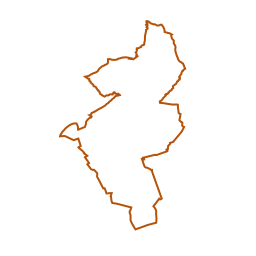 the district of Fagaras, Brasov, Romania, rotated 348°
{"feature_id": "2599482B59919238366937", "entity_name": "Fagaras", "entity_type": "district", "adm_level": 2, "iso_a3": "ROU", "parent_name": "Romania", "parent_adm1": "Brasov", "projection": "robinson", "projection_center": [24.974, 45.842], "detail": "fine", "context": "isolated", "style": "outline", "palette": "amber", "viewbox_px": 256, "rotation_deg": 348, "n_neighbors": 0, "source": "geoboundaries", "source_scale": "gbopen_adm2", "svg_char_len": 5636}
<svg xmlns="http://www.w3.org/2000/svg" viewBox="0 0 256 256"><g transform="rotate(348 128 128)"><path d="M191.3,57.1L191.0,56.7L190.7,55.8L190.3,54.4L191.0,52.2L190.9,51.7L190.0,50.5L189.5,48.9L189.4,47.2L189.6,46.2L190.4,45.7L190.1,45.5L188.1,43.8L186.8,43.3L183.8,41.7L184.1,38.9L183.4,36.2L182.3,33.9L181.3,33.8L179.1,34.1L177.6,33.7L175.8,32.1L174.7,32.0L173.4,31.2L171.8,30.2L170.8,28.6L169.3,27.5L168.4,27.3L168.0,28.1L168.5,28.6L168.8,29.9L168.6,30.8L168.1,30.4L167.5,30.3L167.0,30.8L167.3,31.6L168.1,32.3L167.9,32.8L167.2,33.4L168.0,34.1L167.8,34.9L166.9,35.5L166.0,35.9L166.0,36.5L163.7,41.7L163.1,44.3L162.8,45.5L162.3,46.8L161.6,48.1L161.4,49.3L160.6,50.1L159.7,50.0L158.7,50.2L158.1,50.7L157.6,51.5L157.0,51.4L156.4,51.7L155.3,52.0L154.4,52.1L153.2,51.9L153.1,52.3L152.8,52.7L153.0,53.2L152.9,53.7L152.5,54.6L151.9,55.4L151.3,55.7L151.6,56.2L151.6,56.8L151.8,57.9L151.4,58.4L151.1,59.1L151.7,59.2L152.3,59.8L152.1,60.0L151.1,60.1L150.0,60.9L149.4,61.0L147.4,61.9L144.2,60.7L145.2,60.3L142.3,59.0L141.5,58.7L140.3,58.3L138.4,58.2L137.8,57.9L134.8,58.2L132.7,58.2L132.0,58.6L131.3,58.8L129.4,58.6L127.7,58.3L126.5,57.9L125.2,57.1L124.8,57.1L124.1,56.7L122.7,56.5L122.6,57.1L122.5,57.9L122.0,59.5L122.0,60.0L121.5,60.5L121.1,60.8L120.3,61.2L120.1,61.3L119.9,61.3L119.3,61.5L119.0,61.5L118.6,61.4L118.4,61.5L117.6,61.9L117.3,62.0L115.7,62.2L112.4,63.9L111.8,64.4L110.3,66.0L109.7,66.4L108.4,66.8L106.8,67.2L105.7,67.2L105.2,67.3L102.3,68.1L101.3,68.6L100.7,68.8L100.0,68.9L96.7,68.9L97.0,69.3L98.2,70.3L99.1,71.4L99.3,71.5L99.6,71.7L100.1,71.7L100.3,71.9L100.4,72.3L100.3,72.6L100.0,73.2L100.0,73.6L100.1,74.0L100.2,74.3L100.4,74.4L100.6,74.3L100.8,74.4L101.0,74.6L101.0,74.9L101.1,75.3L101.0,75.8L101.1,76.1L101.2,76.3L102.1,77.3L102.3,77.6L102.5,77.8L102.8,78.2L103.0,78.6L103.1,79.1L103.1,79.3L103.0,79.7L103.1,79.9L103.2,80.1L104.3,80.6L104.9,81.1L105.1,81.4L105.2,81.7L105.2,82.1L105.3,82.4L105.7,82.7L105.8,83.0L105.9,83.9L106.0,84.1L106.2,84.4L106.4,84.5L106.6,84.6L106.8,84.8L106.9,85.1L106.8,85.9L106.9,86.0L107.3,86.2L107.4,86.3L107.5,86.7L107.7,87.0L107.8,87.6L107.7,87.8L107.8,88.4L107.8,88.7L107.9,88.9L108.1,89.2L108.3,89.4L108.7,89.6L109.2,90.0L109.2,90.3L109.5,90.6L109.8,91.0L110.3,91.3L110.5,91.5L111.2,92.1L111.6,92.4L111.9,92.4L113.3,91.7L113.7,91.6L114.0,91.6L114.9,92.0L115.2,92.0L115.5,92.0L115.8,91.9L116.3,91.9L116.5,91.6L117.0,91.5L117.2,91.4L117.4,91.3L117.6,91.3L119.0,91.7L119.4,92.0L119.9,92.0L120.1,91.9L120.1,91.5L120.2,91.4L120.5,91.1L120.9,90.6L121.5,90.2L122.0,90.1L122.4,90.4L122.5,90.6L122.5,90.9L122.4,91.1L122.4,91.3L122.9,91.8L123.2,91.9L123.6,92.1L124.1,92.5L124.4,92.9L124.6,93.1L124.9,92.9L125.1,92.4L125.3,92.3L126.0,93.1L126.7,93.6L126.9,94.1L124.4,94.2L123.4,94.2L122.4,94.3L121.9,94.4L121.7,94.5L121.3,95.2L120.9,95.5L119.9,95.9L118.1,96.8L117.4,97.4L116.7,97.8L115.2,98.3L114.6,99.0L113.9,99.4L113.5,99.6L113.2,99.8L112.2,100.0L111.0,100.8L110.1,101.4L108.5,101.9L108.0,102.1L107.5,102.3L106.4,102.6L105.5,102.9L104.9,103.0L104.2,103.3L103.2,103.5L101.8,104.0L99.9,104.7L99.2,104.9L98.3,105.0L98.2,105.1L98.2,105.3L95.8,105.7L95.6,105.7L95.5,105.9L95.1,106.5L94.3,107.2L93.4,107.5L93.1,107.5L93.3,107.7L93.5,108.2L93.8,108.4L94.2,108.6L94.6,109.0L94.8,109.1L94.3,110.0L92.6,110.2L91.7,110.6L90.9,111.0L89.0,112.5L88.5,113.1L88.1,113.6L88.0,113.9L87.9,114.7L87.8,115.0L86.9,116.8L86.1,118.0L78.9,119.3L78.9,118.8L79.2,116.4L79.2,115.7L79.1,115.0L78.9,114.2L78.6,112.9L77.1,112.5L75.7,112.3L74.3,112.4L72.6,112.8L71.0,113.3L69.5,114.0L67.2,115.1L64.4,117.2L63.6,117.7L63.2,118.0L60.3,120.9L59.8,122.0L62.8,122.4L64.6,122.8L65.0,123.0L70.6,127.3L72.5,128.6L77.2,128.0L78.0,135.7L75.5,136.6L75.7,137.2L78.5,140.6L79.7,142.8L80.0,143.3L79.7,143.7L79.8,143.9L80.9,144.9L82.4,146.7L79.8,147.6L82.6,154.2L80.7,155.0L83.3,160.6L85.1,161.8L86.1,161.8L88.4,165.7L88.4,166.7L87.9,168.0L87.7,168.9L87.7,169.6L88.5,172.0L91.2,181.9L92.6,182.1L93.0,184.2L93.3,187.5L94.8,187.8L96.0,187.8L98.5,188.3L96.8,191.2L97.1,191.6L96.7,196.2L97.1,198.1L101.3,199.7L114.7,206.4L113.1,209.2L112.6,209.5L112.1,210.4L112.2,210.7L112.0,211.6L112.3,213.2L112.3,214.2L111.3,218.9L112.1,222.5L113.3,226.1L114.2,228.7L121.2,227.8L125.9,227.1L127.8,226.9L135.9,226.5L136.6,224.1L136.9,223.2L137.7,217.5L138.3,215.3L138.0,212.8L137.4,211.4L136.6,209.8L139.9,207.1L143.6,203.8L143.7,204.3L144.2,204.3L144.6,204.6L146.3,204.1L142.7,177.4L142.5,175.3L142.7,174.2L142.1,174.3L141.7,173.4L139.9,171.9L138.5,170.9L137.0,170.2L136.3,169.3L135.8,166.8L135.4,162.2L137.3,162.1L137.3,161.8L135.2,161.8L135.1,161.2L136.6,161.2L136.5,160.2L138.2,160.2L146.8,159.9L149.2,159.9L150.0,160.4L161.5,158.9L161.1,157.2L161.8,156.9L162.5,157.2L163.6,153.8L165.7,152.4L166.3,151.7L166.2,151.3L169.5,151.0L169.7,150.6L179.9,142.6L183.1,138.6L181.7,137.6L181.5,136.5L182.3,134.4L181.7,133.2L181.2,133.2L179.9,131.1L182.3,125.3L180.7,124.1L181.1,118.4L181.6,115.6L180.5,115.1L176.7,114.4L174.7,113.7L172.2,112.8L169.8,111.8L166.5,110.6L164.6,110.1L164.6,108.6L166.5,108.0L167.8,106.9L168.7,105.9L169.4,105.7L170.9,104.5L171.7,104.2L171.5,103.1L172.6,102.6L173.2,103.0L174.6,102.5L174.9,101.6L175.5,101.5L176.1,100.9L176.9,100.3L177.8,100.3L178.4,99.7L178.9,99.7L179.3,98.8L180.6,98.3L180.6,96.7L181.0,96.1L182.0,95.8L183.4,95.1L183.9,95.1L185.9,92.6L186.7,92.6L187.7,91.4L188.6,91.4L189.2,90.0L188.7,89.8L188.7,88.6L191.4,86.3L192.0,84.8L193.0,83.6L193.6,83.6L194.4,82.6L196.2,82.0L196.2,81.5L195.7,79.5L195.7,78.3L195.3,77.6L195.3,76.5L194.2,75.5L193.9,74.9L193.4,74.4L192.3,73.7L191.1,70.7L191.3,69.8L190.8,67.8L190.5,65.2L190.5,64.3L190.3,63.7L190.6,60.5L191.3,59.0L191.3,57.1Z" fill="none" stroke="#b45309" stroke-width="2"/></g></svg>